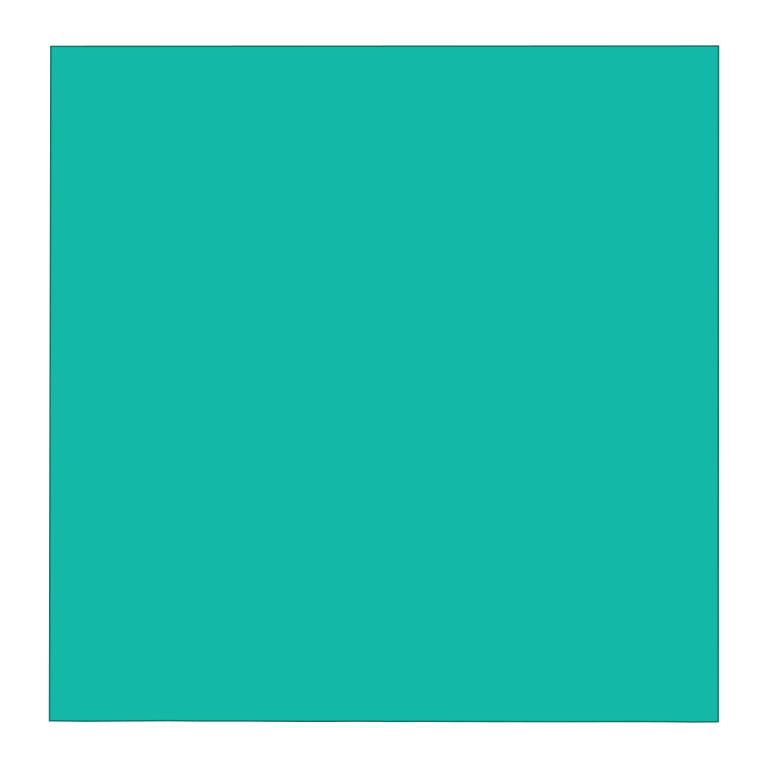 Nuckolls, Nebraska, United States of America (Equal Earth projection)
{"feature_id": "52423323B36699675108240", "entity_name": "Nuckolls", "entity_type": "district", "adm_level": 2, "iso_a3": "USA", "parent_name": "United States of America", "parent_adm1": "Nebraska", "projection": "equal_earth", "projection_center": [-98.046, 40.176], "detail": "fine", "context": "isolated", "style": "filled", "palette": "teal", "viewbox_px": 768, "rotation_deg": 0, "n_neighbors": 0, "source": "geoboundaries", "source_scale": "gbopen_adm2", "svg_char_len": 423}
<svg xmlns="http://www.w3.org/2000/svg" viewBox="0 0 768 768"><path d="M50.9,46.4L49.5,720.7L58.1,720.8L85.0,721.1L168.5,720.6L189.5,720.8L199.9,720.9L222.7,720.9L244.6,720.9L307.2,721.3L342.1,721.2L352.9,721.1L380.5,721.2L384.3,721.4L433.1,721.3L439.4,721.4L495.5,721.5L555.2,721.6L637.3,721.5L665.1,721.6L693.3,721.9L718.1,721.7L718.5,46.1L713.6,46.1L50.9,46.4Z" fill="#14b8a6" stroke="#0f766e" stroke-width="1.5"/></svg>